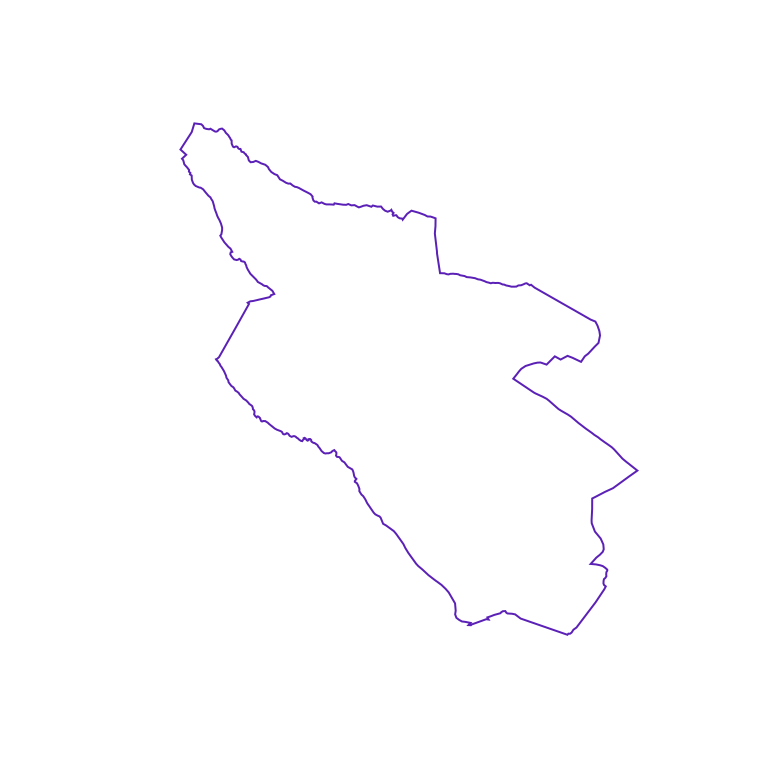 the district of Domingo Arenas, Puebla, Mexico, rotated 29°
{"feature_id": "50627088B24684485641547", "entity_name": "Domingo Arenas", "entity_type": "district", "adm_level": 2, "iso_a3": "MEX", "parent_name": "Mexico", "parent_adm1": "Puebla", "projection": "albers", "projection_center": [-98.448, 19.131], "detail": "fine", "context": "isolated", "style": "outline", "palette": "violet", "viewbox_px": 768, "rotation_deg": 29, "n_neighbors": 0, "source": "geoboundaries", "source_scale": "gbopen_adm2", "svg_char_len": 6158}
<svg xmlns="http://www.w3.org/2000/svg" viewBox="0 0 768 768"><g transform="rotate(29 384 384)"><path d="M666.0,514.4L666.3,513.0L667.8,512.2L668.6,510.4L668.8,507.1L670.4,503.7L674.9,472.3L676.2,456.7L676.1,453.5L673.9,453.1L672.6,452.0L671.4,449.5L671.0,448.0L671.6,446.3L671.7,444.3L670.7,442.9L670.0,441.4L669.7,440.4L669.8,439.0L669.2,438.1L666.5,437.5L663.6,437.2L661.1,437.7L656.9,439.0L652.0,441.2L653.9,432.9L655.6,428.7L656.7,424.7L656.3,422.0L653.6,418.0L648.4,414.1L640.0,410.8L633.2,405.1L631.6,402.5L626.6,392.3L621.6,383.2L623.4,380.6L629.6,371.2L634.8,364.1L643.3,345.8L647.6,336.9L633.0,334.5L628.8,333.7L617.1,329.7L614.0,328.9L609.9,328.4L605.8,328.0L600.5,327.4L597.0,326.8L592.5,326.5L589.5,326.0L581.5,325.1L572.9,323.8L563.4,321.9L559.7,321.6L552.1,321.5L548.8,321.3L545.1,320.5L536.5,318.6L533.4,318.1L528.9,318.2L521.0,318.8L519.1,318.8L494.5,316.7L495.3,312.1L496.0,307.4L496.7,304.2L499.1,299.6L505.0,293.4L507.9,290.9L510.5,289.3L516.8,288.2L520.0,277.0L526.6,277.0L530.9,270.4L536.0,269.7L545.6,269.1L546.2,262.4L547.9,258.5L550.3,248.8L551.7,244.1L549.4,236.8L546.7,233.3L542.5,229.5L538.6,226.9L533.4,227.5L469.0,226.7L464.5,225.9L463.6,227.0L460.0,226.7L458.8,227.6L457.6,229.3L456.0,231.2L453.7,232.7L452.5,234.7L448.2,237.1L446.2,237.6L443.0,238.6L440.9,238.8L439.3,239.5L437.0,239.6L435.1,240.1L432.2,241.8L430.1,242.7L428.6,244.1L426.3,244.6L424.2,245.2L422.3,245.3L417.8,246.0L415.4,246.9L412.4,247.3L408.1,248.8L404.5,250.4L402.2,250.5L397.8,252.0L395.9,252.0L394.1,252.6L392.6,253.4L391.2,253.9L388.6,255.5L387.4,256.8L385.7,257.5L383.1,257.9L379.3,259.9L367.0,244.0L366.2,242.6L355.5,227.7L352.5,221.0L348.8,214.1L346.8,214.4L343.5,215.0L340.8,216.4L337.7,216.4L331.2,217.4L324.0,219.1L321.7,224.1L320.7,231.2L319.8,230.5L317.2,231.5L315.1,231.4L313.0,230.4L311.9,231.1L310.5,232.4L309.2,231.4L309.4,229.7L307.6,229.3L306.0,228.1L305.7,229.1L303.7,231.5L301.0,231.9L298.2,231.4L295.4,230.2L292.2,232.1L287.7,233.3L287.0,235.1L282.2,236.0L279.6,238.1L278.2,239.8L276.4,241.7L274.4,241.8L271.6,241.8L268.8,243.6L265.5,243.9L264.1,245.6L261.3,247.0L256.3,248.9L253.1,250.0L253.1,251.5L250.5,252.7L246.6,254.8L244.8,255.3L241.4,255.4L239.6,257.5L236.4,257.3L235.1,258.1L233.3,257.7L231.1,255.7L230.7,254.7L227.8,253.6L224.9,253.6L219.6,253.8L214.6,253.8L212.5,254.0L210.4,254.7L207.6,254.6L205.9,254.2L205.3,254.3L204.8,254.1L203.2,255.1L200.8,255.5L197.1,255.3L193.7,255.4L189.4,253.1L186.5,253.5L182.6,253.2L179.1,251.8L177.4,250.5L173.9,249.8L169.5,250.6L166.5,250.6L163.7,251.0L162.0,253.2L159.8,254.7L157.4,254.0L154.9,251.4L152.3,250.6L152.0,250.1L150.5,250.0L148.9,249.3L148.0,249.6L146.7,249.9L144.5,248.0L143.7,248.6L142.5,248.6L141.7,248.2L140.8,247.6L139.4,247.9L138.1,249.6L136.8,249.6L134.3,247.7L132.6,244.8L131.6,244.6L130.2,243.5L128.7,242.8L127.2,241.9L123.9,241.0L121.4,239.6L118.6,239.1L117.4,240.0L116.3,241.3L115.9,243.2L115.4,244.2L114.6,244.8L113.6,245.1L108.4,244.9L107.6,246.0L105.0,247.0L102.6,247.4L100.5,246.0L98.3,245.4L91.8,248.0L93.7,256.9L92.3,277.6L99.9,279.4L98.1,284.9L99.9,285.6L102.9,288.7L107.3,290.2L107.6,290.4L109.8,291.3L110.4,292.8L112.4,293.3L112.6,294.7L114.7,294.9L116.9,298.5L119.6,300.8L121.2,301.6L123.3,302.1L127.2,301.7L128.4,301.2L131.4,301.4L134.8,302.8L139.3,304.5L141.7,304.9L143.0,305.8L145.6,307.2L149.2,310.8L150.7,312.6L152.5,314.2L154.7,316.0L156.4,317.6L158.3,319.0L160.6,320.4L163.7,322.8L166.7,325.8L167.9,328.1L169.2,332.0L168.9,333.6L170.5,334.7L175.8,337.5L181.4,339.5L184.1,340.0L187.2,342.0L186.1,343.2L186.6,345.0L188.2,346.0L190.1,346.9L192.5,347.7L195.1,347.0L196.1,346.0L196.7,344.7L198.1,344.7L199.4,345.7L200.9,345.4L202.0,344.9L203.5,345.1L204.5,346.1L205.9,347.0L207.2,348.4L209.5,350.0L213.7,352.4L221.3,354.6L223.0,355.3L224.1,355.9L228.9,355.9L230.6,356.2L232.2,356.0L234.0,355.2L235.9,355.7L241.2,356.6L244.4,358.5L242.0,361.3L242.3,362.5L241.4,363.9L229.2,374.9L227.0,376.5L225.4,379.0L227.1,379.4L227.0,406.6L226.7,440.5L225.9,442.8L225.1,443.8L226.4,444.5L227.6,444.6L229.0,445.5L230.6,446.1L232.1,447.3L233.6,447.9L237.8,450.3L241.8,453.3L243.2,454.9L246.0,456.3L247.2,457.8L249.6,458.9L251.5,459.7L253.8,459.9L255.1,460.5L257.1,461.8L259.3,461.9L261.4,462.3L262.5,463.0L266.4,464.3L268.2,465.0L271.5,465.2L274.7,466.2L275.6,466.7L279.0,467.1L279.8,467.5L280.9,468.6L281.6,469.6L282.8,469.9L284.0,470.7L284.6,471.9L285.1,473.5L286.7,474.4L288.8,474.9L288.8,474.1L289.3,473.5L290.1,473.4L291.9,473.8L292.3,474.3L292.9,474.6L294.1,475.7L294.7,476.0L295.2,476.0L295.9,475.6L296.2,475.0L298.1,474.0L301.3,474.2L303.0,474.7L310.0,475.9L312.6,475.9L316.5,475.3L318.0,475.4L319.8,476.6L320.5,476.6L321.1,476.5L322.1,475.6L322.5,475.0L322.6,474.3L323.2,474.0L324.5,474.0L326.4,475.0L327.1,475.1L328.8,475.0L330.0,473.6L330.8,473.1L331.9,472.9L332.9,473.0L333.5,473.3L335.0,473.3L336.7,473.8L339.0,474.0L340.2,473.6L340.2,472.6L340.3,471.8L340.8,470.8L340.1,470.3L340.6,469.6L341.6,469.6L343.7,470.6L344.6,470.6L345.3,469.7L344.7,468.9L345.4,468.3L346.2,467.9L347.5,468.3L348.2,469.4L349.1,469.6L350.7,469.7L351.9,469.3L355.3,469.6L357.1,470.7L358.8,471.3L361.9,472.9L364.9,473.5L366.4,473.2L367.6,472.3L369.2,471.4L371.0,469.3L371.2,468.1L371.9,466.8L372.6,465.9L373.5,466.4L374.2,466.5L375.5,467.0L376.1,467.9L376.5,468.9L376.7,469.8L377.4,470.2L378.3,470.5L379.9,469.7L380.9,469.7L383.9,471.3L384.7,471.6L387.3,471.7L392.4,474.0L397.7,474.1L399.3,475.3L400.4,476.4L402.4,478.8L403.7,479.8L405.9,480.4L405.5,483.0L405.9,483.7L408.5,483.9L410.7,485.4L413.3,487.6L414.4,489.7L417.8,491.6L420.3,492.2L423.5,493.9L427.1,496.4L437.3,501.5L439.5,502.2L442.1,502.2L444.2,502.0L445.8,502.5L451.0,506.7L454.3,506.7L463.9,507.9L467.1,509.1L473.4,512.1L478.6,514.6L482.0,517.0L487.1,519.9L499.2,525.6L502.2,526.6L507.4,527.6L515.5,529.6L523.3,530.8L531.5,531.8L537.2,533.3L541.6,534.9L552.5,541.4L556.6,547.5L557.9,551.0L560.7,553.4L564.2,553.9L567.3,553.9L570.5,552.6L575.5,551.0L574.8,553.9L577.0,552.8L577.1,552.0L587.5,540.1L589.7,539.3L587.6,538.0L589.8,535.6L592.4,532.5L597.0,528.0L597.1,526.9L598.1,525.1L600.2,523.8L602.1,524.8L603.3,524.8L607.3,522.9L610.4,521.9L617.2,522.9L666.0,514.4Z" fill="none" stroke="#5b21b6" stroke-width="2"/></g></svg>